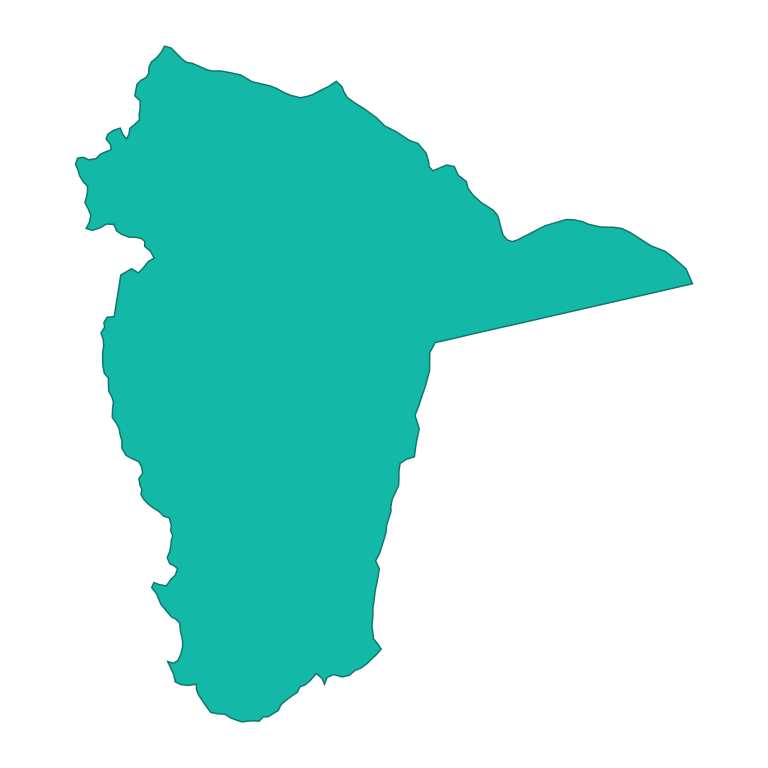 the district of Canindé de São Francisco, Sergipe, Brazil
{"feature_id": "56859067B69154990802768", "entity_name": "Canindé de São Francisco", "entity_type": "district", "adm_level": 2, "iso_a3": "BRA", "parent_name": "Brazil", "parent_adm1": "Sergipe", "projection": "albers", "projection_center": [-37.94, -9.729], "detail": "fine", "context": "isolated", "style": "filled", "palette": "teal", "viewbox_px": 768, "rotation_deg": 0, "n_neighbors": 0, "source": "geoboundaries", "source_scale": "gbopen_adm2", "svg_char_len": 3498}
<svg xmlns="http://www.w3.org/2000/svg" viewBox="0 0 768 768"><path d="M164.6,46.1L161.1,52.5L156.7,57.7L151.6,61.8L149.1,66.7L148.6,73.7L146.0,77.6L141.3,80.1L137.1,84.0L136.0,89.5L134.9,95.9L140.1,100.8L140.1,109.2L139.1,114.9L139.6,119.8L134.9,124.3L129.8,128.4L129.0,134.3L126.4,138.9L122.9,134.5L120.2,128.1L113.2,130.5L107.8,134.3L106.1,139.0L110.4,144.4L111.2,149.7L105.5,151.9L100.5,154.1L96.0,158.6L88.9,159.8L83.3,157.3L77.6,158.1L75.5,164.3L77.7,169.0L79.6,175.7L83.3,181.9L87.5,186.2L87.5,191.4L86.7,196.3L84.9,202.5L88.2,208.8L90.8,215.2L89.4,222.4L86.2,228.4L92.4,230.4L99.9,227.9L106.5,224.0L113.8,224.4L116.8,231.1L121.7,234.3L129.0,237.1L135.5,237.3L140.9,238.3L144.6,241.1L144.8,246.5L150.4,251.2L154.1,258.1L148.2,261.6L143.1,268.1L138.4,272.9L131.6,268.7L120.8,275.1L114.2,316.6L107.0,317.3L103.9,322.5L104.6,327.4L101.0,332.8L103.2,339.5L103.7,345.9L102.7,351.8L102.6,358.5L102.9,366.1L104.4,373.5L108.4,378.0L108.4,384.4L108.8,391.1L111.7,396.6L113.4,401.6L112.5,410.2L112.3,417.5L116.4,423.2L119.1,428.6L120.1,434.3L122.0,441.3L121.8,448.0L125.9,455.2L131.7,458.4L138.7,461.6L141.6,466.9L142.6,473.3L138.9,478.5L140.0,485.2L141.9,489.3L140.9,494.4L143.8,499.4L147.5,503.4L152.7,507.6L159.0,511.5L163.6,516.1L169.3,518.0L171.3,525.6L170.6,530.4L172.7,535.6L171.3,540.7L170.8,546.4L169.7,551.6L167.2,557.7L169.8,563.7L174.0,565.7L177.6,568.7L175.2,575.4L171.0,579.2L166.4,585.8L159.8,584.8L153.9,582.6L151.7,587.6L156.6,593.8L158.8,599.2L160.8,604.1L166.1,610.6L171.5,616.9L175.5,618.9L179.7,623.0L180.5,631.3L182.0,637.4L182.7,642.5L182.5,647.2L181.1,653.4L177.9,660.6L173.5,663.3L167.7,661.5L170.3,667.1L173.8,674.5L175.2,681.8L180.8,684.5L188.0,685.4L196.3,684.2L196.5,689.6L198.5,694.8L203.1,701.8L207.0,707.3L210.7,712.4L217.8,713.8L225.1,714.2L230.5,717.8L236.7,720.2L242.0,721.9L247.6,721.2L253.6,720.7L259.1,721.2L263.1,717.0L268.2,716.7L273.0,713.7L278.2,710.5L281.1,704.6L285.3,700.8L291.9,695.9L297.3,692.3L300.0,686.7L304.7,685.1L309.8,681.0L316.2,673.5L322.0,678.2L324.5,684.2L327.0,677.5L333.5,674.5L342.3,676.9L349.2,675.3L355.0,670.5L361.1,668.0L367.3,663.4L370.9,659.6L376.1,654.9L381.2,649.0L377.1,643.1L373.4,638.7L372.9,633.0L371.9,626.5L372.9,615.4L372.9,607.7L373.9,601.4L375.3,590.1L376.9,582.9L378.1,576.4L379.3,568.7L375.6,560.8L379.5,553.5L383.6,540.7L385.9,532.9L386.6,525.3L391.0,511.3L390.8,506.6L392.3,498.9L395.8,491.5L398.6,485.5L398.9,478.8L398.9,471.3L400.1,463.4L406.5,459.2L414.4,456.8L415.6,447.3L416.5,441.6L419.2,428.9L417.2,422.4L415.0,415.4L418.7,406.0L421.7,396.8L425.4,386.1L429.6,370.4L429.7,352.8L435.2,342.5L448.4,339.7L469.3,334.7L500.3,327.6L512.6,324.9L563.7,313.2L657.8,291.7L692.5,283.7L685.9,268.7L677.6,261.4L670.2,255.1L665.1,251.3L660.7,249.7L650.7,245.7L630.6,232.7L621.8,228.5L613.7,227.3L600.5,227.0L588.5,224.3L582.6,221.7L573.5,219.8L566.4,219.5L545.0,225.8L537.8,229.5L517.2,240.1L512.1,241.6L507.2,239.9L503.0,235.0L500.3,225.5L498.9,219.3L497.2,215.0L493.1,210.1L481.2,202.6L472.9,194.9L468.1,188.5L466.3,181.5L458.2,175.2L454.3,166.6L446.7,165.0L432.8,170.8L429.1,166.6L428.7,162.0L426.1,153.1L417.8,143.3L409.8,140.7L396.2,131.7L384.3,125.7L376.9,118.1L363.7,108.4L356.6,104.1L347.4,97.7L343.8,91.6L341.9,86.5L336.3,81.3L328.9,86.3L320.4,90.5L312.3,94.8L306.1,96.7L300.0,97.7L291.0,95.4L284.4,92.8L276.7,88.5L270.2,86.0L258.9,83.3L252.2,81.8L240.6,74.9L229.7,72.6L219.9,70.9L212.6,71.1L207.2,69.9L192.5,63.4L186.6,62.4L182.4,59.4L171.2,48.1L164.6,46.1Z" fill="#14b8a6" stroke="#0f766e" stroke-width="1.5"/></svg>